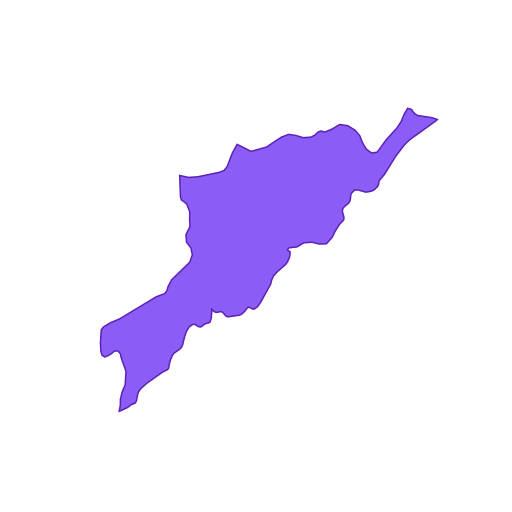 an SVG outline of Adamawa, rotated 23°
{"feature_id": "NGA-2881", "entity_name": "Adamawa", "entity_type": "State", "adm_level": 1, "iso_a3": "NGA", "parent_name": "Nigeria", "parent_adm1": "", "projection": "natural_earth1", "projection_center": [12.557, 9.198], "detail": "fine", "context": "isolated", "style": "filled", "palette": "violet", "viewbox_px": 512, "rotation_deg": 23, "n_neighbors": 0, "source": "natural_earth", "source_scale": "10m", "svg_char_len": 2553}
<svg xmlns="http://www.w3.org/2000/svg" viewBox="0 0 512 512"><g transform="rotate(23 256 256)"><path d="M369.6,59.5L369.1,60.8L351.9,89.2L349.2,95.7L345.6,109.8L342.3,131.0L340.1,138.0L340.1,139.5L340.8,141.8L340.9,143.1L340.7,144.6L339.2,148.4L338.1,150.1L336.0,151.9L335.1,152.5L333.7,153.4L331.9,154.4L324.3,155.3L321.1,156.7L319.4,160.6L319.4,162.8L320.6,166.5L321.0,168.7L320.6,171.3L318.3,175.5L317.5,177.8L317.7,180.3L318.7,182.1L321.5,185.5L322.6,188.0L322.3,189.8L321.4,191.7L320.5,194.4L319.2,202.0L318.8,209.3L316.0,217.3L309.7,220.2L302.1,221.5L295.4,224.9L294.1,226.1L291.3,230.2L290.2,231.5L289.4,232.1L283.8,235.2L283.1,235.8L282.4,237.8L282.9,238.2L285.6,238.7L286.6,240.9L287.4,244.3L287.3,248.8L286.9,250.9L286.3,252.8L281.8,262.1L279.9,267.4L279.8,272.0L280.5,276.1L278.3,297.3L277.2,302.2L275.1,305.5L273.8,306.1L272.6,306.1L271.4,305.8L270.0,305.8L268.9,306.4L268.2,307.7L267.4,310.9L265.9,314.5L264.2,316.7L254.3,322.8L252.8,323.2L251.4,322.9L248.2,321.2L247.0,320.8L245.2,321.0L244.0,321.7L242.9,322.7L241.4,323.4L240.0,323.6L238.6,323.3L236.0,322.3L236.8,324.0L239.0,330.3L239.3,331.9L239.4,335.1L238.5,336.1L235.6,338.4L234.9,339.6L234.2,340.9L233.5,342.2L232.3,343.2L230.3,343.5L226.5,342.8L224.4,343.8L222.2,347.5L221.5,352.3L221.7,357.5L223.2,366.6L223.1,368.8L222.9,369.8L222.4,371.2L218.4,377.7L217.9,380.5L217.9,384.8L218.4,389.2L219.1,391.9L219.4,393.8L218.8,395.4L215.1,399.8L205.5,415.3L202.0,422.6L201.3,425.0L201.0,427.4L201.2,429.8L202.6,436.4L202.2,438.7L201.0,440.0L199.5,441.2L196.9,445.7L190.8,452.5L190.7,452.4L189.5,446.7L187.1,440.7L185.9,433.3L185.9,425.7L181.3,412.8L171.8,402.5L169.4,399.1L166.0,397.3L162.9,398.9L161.0,402.4L158.9,405.4L156.3,408.0L153.2,407.6L150.5,404.5L146.6,396.4L142.4,384.4L143.3,380.9L148.6,373.7L155.0,367.2L180.1,332.5L186.6,326.3L187.5,322.6L187.0,318.5L187.7,310.7L197.5,287.5L196.9,279.7L192.8,273.9L186.7,270.5L183.3,264.0L183.3,260.0L183.8,256.1L182.8,252.6L181.0,249.3L177.7,241.2L172.1,235.4L168.9,234.3L165.6,233.6L163.3,231.0L154.3,211.7L163.2,210.0L171.5,205.8L189.4,193.4L193.0,190.0L194.5,185.3L194.0,170.5L195.0,160.6L210.6,161.6L223.0,151.7L232.9,136.7L238.5,131.3L245.6,129.5L253.3,128.6L260.3,125.0L263.0,121.5L264.8,117.5L267.2,115.4L270.8,115.2L276.5,109.3L281.7,102.2L289.6,100.2L298.0,101.5L304.5,104.7L309.9,110.2L315.6,114.4L322.2,116.1L327.0,113.0L330.5,97.9L335.8,82.8L337.1,75.0L337.0,67.3L337.9,60.8L341.2,60.3L342.5,60.6L343.6,61.6L346.7,63.0L349.9,63.5L364.0,59.9L369.5,59.5L369.6,59.5Z" fill="#8b5cf6" stroke="#5b21b6" stroke-width="1.5"/></g></svg>